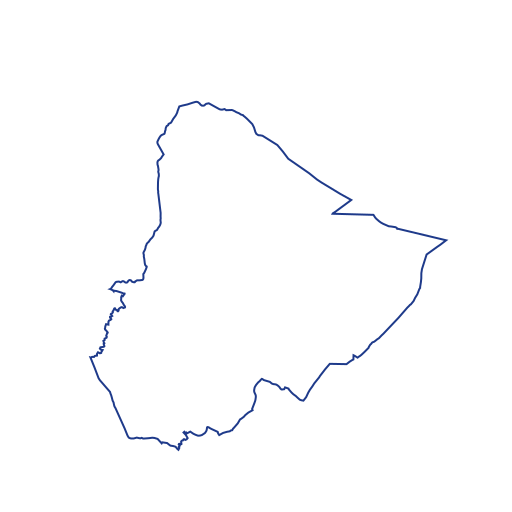 Jilotzingo, México, Mexico (Robinson projection), rotated 164°
{"feature_id": "50627088B53803503367130", "entity_name": "Jilotzingo", "entity_type": "district", "adm_level": 2, "iso_a3": "MEX", "parent_name": "Mexico", "parent_adm1": "México", "projection": "robinson", "projection_center": [-99.376, 19.498], "detail": "fine", "context": "isolated", "style": "outline", "palette": "blue", "viewbox_px": 512, "rotation_deg": 164, "n_neighbors": 0, "source": "geoboundaries", "source_scale": "gbopen_adm2", "svg_char_len": 6072}
<svg xmlns="http://www.w3.org/2000/svg" viewBox="0 0 512 512"><g transform="rotate(164 256 256)"><path d="M68.9,218.7L111.6,242.8L112.8,243.2L112.9,244.1L113.9,245.2L117.7,247.0L120.2,248.0L124.8,251.8L126.7,253.7L128.1,255.5L130.1,258.6L130.9,260.3L131.6,262.7L131.8,263.2L170.7,275.5L170.4,275.8L168.0,276.5L149.0,283.6L157.8,292.4L172.8,308.6L176.3,312.7L182.1,320.9L198.2,340.6L201.4,349.0L204.9,356.8L216.6,369.8L219.0,371.0L219.6,371.1L220.5,371.5L222.0,373.3L222.4,375.3L222.5,380.1L223.2,383.8L227.0,390.7L228.8,393.5L229.3,394.0L229.6,394.9L231.6,396.2L232.3,397.1L233.1,398.0L235.3,399.7L236.4,400.9L238.2,402.5L239.0,403.0L244.5,404.4L245.7,405.9L248.3,406.0L250.0,406.7L250.9,407.4L259.3,415.8L261.9,416.0L262.6,415.8L264.1,415.0L264.6,415.0L265.1,415.0L266.6,415.5L267.7,416.9L268.1,418.1L269.5,420.0L270.6,420.6L271.8,420.8L274.6,420.8L280.1,420.6L285.5,420.9L288.5,420.9L291.6,416.7L292.2,415.6L293.9,413.7L294.9,412.8L297.7,410.7L300.6,407.9L301.2,407.5L303.6,407.1L304.4,406.0L304.9,405.8L305.9,405.6L306.2,405.4L307.4,404.0L307.8,403.2L308.2,402.1L309.0,401.1L309.9,399.3L310.4,398.7L313.2,398.3L313.9,398.1L314.9,397.5L316.1,396.5L317.3,395.3L318.9,393.5L319.3,393.0L319.5,392.4L319.6,391.5L319.5,390.5L316.8,379.1L318.9,377.5L320.3,376.2L322.2,375.2L323.7,374.7L324.3,374.2L324.6,373.8L325.0,373.0L325.5,370.8L325.4,369.8L325.8,366.3L326.0,365.4L326.7,364.1L326.8,363.3L326.8,361.8L327.1,360.5L327.4,359.5L328.0,358.5L328.8,356.8L329.8,354.1L331.9,347.2L332.2,345.0L332.6,343.9L332.8,342.3L335.8,323.7L336.8,320.4L337.3,318.3L337.9,317.0L338.4,314.2L338.9,313.3L339.6,312.3L341.1,310.8L342.1,310.2L343.8,308.5L344.3,308.2L345.9,307.9L346.7,307.5L348.9,303.8L349.6,303.2L350.7,302.3L352.9,301.1L355.5,299.0L356.4,298.7L357.7,297.8L358.3,296.9L359.4,295.6L359.9,294.4L361.0,292.7L363.1,290.5L363.4,289.9L363.5,289.2L363.5,287.9L364.0,286.4L364.2,283.9L364.9,279.8L365.0,278.0L364.4,276.4L364.0,276.1L364.0,275.7L365.5,273.6L368.1,270.6L369.3,269.7L370.2,266.0L370.7,265.0L371.2,264.5L371.9,264.3L374.6,264.7L377.0,265.4L379.2,264.8L379.3,264.5L379.9,264.2L380.6,264.4L382.1,265.3L382.5,265.9L382.6,266.4L382.9,267.0L383.9,267.7L384.7,267.7L385.6,267.3L386.9,266.2L387.5,266.1L388.3,266.2L389.1,266.8L390.2,268.2L391.3,268.6L393.3,268.0L394.8,269.2L396.9,269.6L397.7,269.6L398.3,269.4L401.4,266.9L402.5,266.2L404.5,264.5L405.3,264.4L405.0,264.2L403.1,262.5L402.6,261.4L402.3,262.0L401.7,261.6L399.8,260.8L396.5,258.6L394.9,257.5L394.0,256.6L393.2,256.4L392.7,256.1L393.0,255.5L393.9,255.0L395.2,253.9L395.4,254.0L396.0,254.8L397.0,253.5L397.2,252.5L397.9,250.7L397.7,249.3L397.1,247.9L396.8,246.9L396.6,245.6L395.9,243.8L395.9,243.1L396.1,242.7L396.3,242.6L396.8,242.7L397.7,242.5L398.4,243.1L399.0,243.8L399.8,243.9L401.5,243.4L402.4,243.0L402.7,242.7L403.1,241.5L403.5,241.1L403.9,240.9L404.3,241.1L404.5,242.3L405.6,243.0L405.8,243.2L405.9,244.5L406.4,244.7L406.7,244.6L408.3,242.7L409.1,242.2L409.2,241.2L410.2,240.5L410.5,240.4L411.2,240.4L411.6,240.1L411.7,239.8L410.8,238.0L411.5,237.8L412.3,237.3L412.6,237.3L413.1,237.6L413.3,237.0L412.6,235.5L412.5,235.2L413.3,234.7L415.2,234.4L416.0,233.4L416.8,230.7L418.9,231.8L420.3,229.8L420.9,228.3L421.3,227.8L421.3,226.9L420.5,225.5L419.6,223.4L419.7,223.1L420.4,222.9L421.3,221.4L421.8,221.0L422.0,220.4L421.7,219.4L422.3,218.6L424.3,218.3L424.7,216.9L426.1,216.5L426.1,214.7L425.8,214.0L426.7,213.5L426.6,212.2L426.6,211.1L427.3,210.7L430.7,211.1L431.6,210.0L430.8,208.6L429.4,207.9L431.5,205.9L431.6,205.5L432.9,205.5L434.4,207.0L435.8,205.8L436.3,204.1L438.4,204.4L439.6,203.6L440.4,204.0L441.5,204.2L442.6,203.8L443.1,204.1L441.9,192.7L441.0,181.9L440.3,179.6L433.8,165.6L433.8,163.8L433.6,162.1L433.6,159.7L433.7,156.5L433.3,154.5L433.5,152.1L433.5,150.3L433.0,148.5L429.8,126.4L429.0,118.8L428.4,116.6L427.8,115.9L426.5,115.1L424.6,114.5L423.9,114.3L420.7,114.3L418.3,113.0L417.3,112.6L416.0,112.7L414.9,111.7L413.9,111.4L409.1,110.4L405.8,109.9L403.8,109.1L401.0,107.3L398.3,101.9L397.4,102.7L393.0,100.7L391.1,98.0L390.5,97.3L387.9,96.1L386.3,95.1L385.8,94.6L384.7,92.1L384.0,91.1L382.7,92.5L382.6,92.8L382.9,93.5L382.8,93.9L381.9,94.3L381.5,94.8L381.5,95.0L382.0,95.6L382.2,96.2L382.1,96.3L381.8,96.6L381.5,96.6L381.1,96.2L380.9,96.2L380.5,96.3L380.2,96.2L379.9,95.7L379.6,95.7L379.4,96.2L379.2,97.8L379.1,98.3L378.4,98.8L377.7,99.0L377.0,98.9L376.2,99.7L375.7,99.8L375.5,99.7L374.7,98.7L374.4,98.7L373.2,98.9L371.9,99.8L372.8,103.4L374.3,106.3L373.3,106.8L372.7,105.5L371.8,105.6L371.6,104.5L369.5,104.9L367.6,105.3L365.2,102.4L363.5,100.9L361.5,99.4L360.7,99.1L359.2,98.8L357.4,98.8L354.2,99.8L353.6,100.1L352.1,101.4L351.4,102.3L350.3,104.7L350.0,104.9L349.6,104.9L348.6,104.3L348.2,103.7L346.6,102.1L341.3,97.5L341.3,95.8L340.7,94.0L336.4,95.0L332.3,95.0L329.5,94.7L328.4,95.2L326.9,95.1L325.6,96.4L324.8,96.8L319.6,100.2L316.4,103.3L315.1,103.6L312.0,104.8L310.2,106.0L306.5,107.6L301.8,108.7L301.9,110.0L298.2,114.9L296.7,117.0L296.1,118.1L295.2,120.1L294.8,121.3L294.7,122.1L294.7,122.8L295.1,125.2L295.1,126.2L294.8,127.5L293.6,129.9L293.0,130.6L291.4,132.1L289.5,133.4L288.6,134.0L286.9,134.7L285.8,135.5L284.3,136.3L283.8,136.0L282.7,134.6L277.4,131.2L275.9,129.0L275.1,128.4L274.7,128.1L273.0,127.4L271.8,126.7L270.5,125.1L269.8,123.9L269.5,123.3L269.1,121.9L268.4,120.8L267.9,120.5L265.6,120.2L264.3,121.7L261.3,119.6L261.2,118.7L259.5,115.0L258.2,112.8L256.3,110.4L255.2,108.5L253.5,105.8L252.1,104.8L250.3,103.9L246.7,106.5L243.4,110.3L241.0,112.6L237.8,115.1L235.1,117.5L228.8,121.9L227.5,123.1L220.7,128.1L214.8,132.0L198.8,127.1L195.1,128.6L192.4,129.4L190.9,129.7L189.6,133.7L188.5,132.7L186.4,130.3L184.9,130.9L183.5,131.3L182.0,131.9L178.1,133.9L173.1,136.7L172.5,137.6L170.6,139.3L169.5,139.8L168.5,140.6L167.8,140.9L166.2,141.0L164.8,141.5L162.5,142.5L160.5,143.1L157.1,145.1L155.1,146.1L136.1,157.3L124.7,164.7L123.0,165.6L121.4,166.6L120.5,166.8L116.9,169.3L114.6,171.9L111.5,174.7L108.1,179.2L107.0,180.1L106.9,180.7L104.7,185.4L103.3,188.9L101.8,193.9L100.1,197.6L91.6,210.4L79.4,214.8L75.8,216.0L68.9,218.7Z" fill="none" stroke="#1e3a8a" stroke-width="2"/></g></svg>